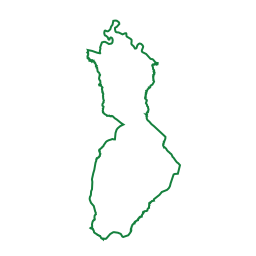 the district of Pho Chai, Roi Et, Thailand, rotated 174°
{"feature_id": "78962969B887090741861", "entity_name": "Pho Chai", "entity_type": "district", "adm_level": 2, "iso_a3": "THA", "parent_name": "Thailand", "parent_adm1": "Roi Et", "projection": "equal_earth", "projection_center": [103.793, 16.312], "detail": "fine", "context": "isolated", "style": "outline", "palette": "green", "viewbox_px": 256, "rotation_deg": 174, "n_neighbors": 0, "source": "geoboundaries", "source_scale": "gbopen_adm2", "svg_char_len": 5892}
<svg xmlns="http://www.w3.org/2000/svg" viewBox="0 0 256 256"><g transform="rotate(174 128 128)"><path d="M145.0,215.8L147.3,211.0L147.1,210.0L148.0,207.4L148.0,206.1L147.8,205.4L148.0,205.2L150.8,206.1L155.6,208.4L159.7,209.7L159.5,209.2L160.0,208.6L159.7,207.6L159.9,207.1L160.4,207.0L159.8,206.1L160.0,205.4L159.9,204.9L160.7,203.9L160.6,203.4L160.9,203.0L160.6,202.3L160.9,201.8L160.4,201.2L159.7,201.6L159.3,200.8L159.4,198.9L158.4,198.6L158.0,199.2L157.7,198.7L157.6,199.2L157.2,198.9L157.1,199.3L156.6,199.3L156.3,198.8L155.9,198.7L156.1,198.3L155.4,198.4L155.5,198.0L155.2,198.1L155.2,197.8L155.0,197.7L154.8,197.2L154.5,197.2L154.4,196.4L153.9,196.1L154.0,195.7L153.3,194.6L153.4,193.9L153.3,193.4L153.1,193.3L153.4,193.1L153.5,192.5L152.5,191.6L152.7,191.2L152.4,191.1L152.3,187.7L151.7,186.6L151.2,186.3L150.8,185.5L150.6,184.3L150.2,183.7L150.3,183.4L150.8,183.0L151.6,180.4L151.5,179.1L150.7,178.0L150.7,175.6L151.3,174.9L151.2,174.5L152.0,174.5L152.3,174.1L152.0,173.3L151.5,173.3L150.9,173.7L150.7,173.3L150.4,173.4L150.4,172.7L149.2,171.1L149.3,171.0L149.3,170.6L149.7,170.2L149.9,169.4L149.7,168.6L149.8,167.2L149.5,167.0L149.8,166.2L149.5,165.4L149.3,165.4L149.3,164.8L149.0,164.4L149.6,162.5L149.4,161.7L149.6,160.9L149.5,159.1L149.1,157.7L149.8,156.5L149.6,156.0L150.9,154.5L151.1,152.9L150.1,151.8L150.6,150.2L151.0,149.9L150.9,148.9L151.3,148.0L151.3,146.4L151.0,146.4L151.0,145.8L150.4,145.2L150.0,144.5L148.1,143.1L147.6,142.6L147.6,142.3L146.9,142.2L146.8,142.4L145.5,142.0L145.2,142.2L144.4,141.5L144.0,141.7L143.3,141.4L143.0,141.7L142.1,141.4L140.1,139.0L138.3,137.6L134.4,133.7L132.2,131.9L135.5,130.7L138.3,128.8L139.5,127.5L140.9,124.4L142.2,118.0L143.1,118.1L144.8,118.7L145.6,118.4L148.6,117.8L150.6,117.0L151.4,116.4L153.9,113.5L154.5,112.3L155.4,112.0L156.0,111.2L157.9,110.0L158.2,109.4L158.8,109.4L159.1,108.8L159.0,107.8L158.5,107.5L158.7,106.7L158.4,105.5L158.2,105.4L158.3,104.8L158.8,104.3L158.8,103.2L159.7,102.7L159.8,102.2L160.1,101.9L160.5,102.0L161.3,101.2L162.2,101.3L162.5,100.8L162.4,100.3L162.9,99.9L163.0,98.7L163.9,97.0L165.9,89.9L167.2,86.8L169.2,80.8L169.1,78.1L170.2,70.9L171.3,68.9L171.9,65.4L172.4,64.3L173.0,63.6L173.5,61.9L173.5,60.6L172.6,57.4L170.2,54.0L169.3,48.1L168.9,47.1L169.1,46.1L169.0,45.5L169.6,45.2L170.4,44.2L170.8,42.1L170.6,41.7L170.6,40.7L171.1,40.5L171.1,40.1L171.8,40.0L172.1,39.4L172.5,39.3L173.1,38.3L173.9,35.9L173.9,34.1L174.0,33.6L174.3,32.5L175.3,32.7L175.8,32.4L175.0,31.7L174.4,31.7L173.5,31.5L173.4,30.4L172.9,29.9L172.6,27.7L171.2,26.4L170.2,25.8L169.5,24.8L168.4,24.5L167.9,23.7L167.0,23.5L166.1,21.2L164.6,20.1L164.4,20.4L164.1,19.8L163.9,20.1L162.5,20.4L162.0,20.1L161.2,20.3L156.8,24.4L153.8,25.8L152.9,25.9L149.0,24.9L146.4,23.5L146.0,22.9L145.1,20.8L144.2,20.1L138.9,21.3L136.5,23.9L136.3,24.5L135.8,24.8L135.5,25.7L135.8,25.9L135.5,26.4L135.8,26.7L135.8,27.1L135.5,27.4L135.4,28.0L135.0,28.3L134.6,29.8L134.0,30.4L133.8,31.2L132.7,32.1L131.8,32.3L132.0,32.6L131.8,33.0L130.6,33.6L130.4,34.0L130.6,34.2L130.1,34.5L128.9,34.9L128.2,35.6L128.2,35.3L127.7,35.3L127.5,36.3L127.1,36.5L127.1,36.9L126.0,37.5L126.1,37.9L125.8,38.2L125.6,38.3L125.6,37.9L125.4,37.9L125.3,38.1L124.7,38.1L124.1,38.5L123.6,38.4L123.0,40.4L121.9,41.3L122.0,42.4L121.7,42.9L121.0,42.6L120.4,43.5L118.2,43.5L117.4,43.9L117.1,45.2L116.0,46.3L115.4,46.4L115.3,48.1L114.8,48.7L115.0,49.2L114.9,50.3L114.7,51.1L114.3,51.1L113.8,51.6L113.6,51.4L113.4,51.9L112.6,52.1L112.0,52.8L110.8,52.8L110.2,53.3L109.8,53.2L109.9,53.8L109.6,54.5L103.7,58.2L101.1,60.8L95.6,62.4L93.7,63.9L92.4,65.7L91.4,68.5L87.5,77.0L86.4,77.4L83.2,77.3L80.2,85.6L81.7,87.7L82.9,88.7L84.0,90.4L85.8,93.7L86.8,94.8L87.0,95.9L87.7,97.5L89.0,98.7L89.3,99.3L90.5,100.4L91.6,101.9L92.2,103.4L93.7,105.1L94.2,104.9L94.9,107.0L94.7,108.3L94.2,108.5L94.3,109.1L93.5,110.3L93.8,110.6L92.7,112.0L92.0,113.4L91.7,115.3L102.0,127.1L104.3,129.4L106.1,132.1L107.4,133.4L108.0,134.3L108.4,135.7L108.2,136.7L108.5,137.5L108.0,138.4L108.4,139.0L108.2,138.9L108.3,139.2L108.1,139.2L108.0,139.9L107.8,139.9L108.0,140.7L107.0,141.9L106.6,141.8L106.6,142.5L106.0,142.9L105.9,143.8L105.6,144.5L105.9,145.5L105.9,147.0L106.6,147.7L106.7,149.2L107.6,150.8L107.2,151.9L106.8,152.2L106.4,153.5L106.7,153.7L106.6,154.0L106.9,154.6L107.9,155.5L107.8,156.6L107.5,157.2L107.1,157.2L107.3,157.8L107.0,158.2L107.1,158.8L106.8,159.9L106.7,160.2L106.4,160.0L106.2,160.6L106.6,161.1L106.4,161.4L106.0,161.4L106.0,162.8L105.4,162.6L104.5,164.4L103.3,165.1L103.1,166.1L102.2,165.8L101.6,166.3L101.6,166.7L101.1,167.8L99.2,168.6L97.2,171.4L97.3,172.0L97.9,173.0L97.5,173.8L97.7,174.2L97.6,175.0L97.8,175.3L97.5,176.1L97.7,176.8L97.3,177.4L97.2,177.1L97.0,177.9L96.6,178.4L96.9,178.5L96.4,178.9L96.4,179.7L96.0,179.8L95.8,180.4L96.6,181.3L96.0,181.9L96.0,182.3L96.2,183.1L96.8,183.5L96.9,186.0L97.4,187.6L97.3,188.0L96.8,188.4L96.6,188.1L95.6,188.2L95.6,188.6L94.9,188.5L94.7,188.8L93.6,188.3L93.3,188.6L92.8,188.1L92.6,188.3L92.0,188.3L91.7,189.5L93.7,190.1L95.8,193.3L96.5,193.9L97.9,194.2L98.6,194.7L102.2,199.7L105.8,202.0L106.2,202.9L106.1,203.8L104.6,206.7L104.4,207.5L104.8,208.6L106.1,210.2L107.5,210.8L108.6,210.5L110.0,209.3L111.3,206.5L112.0,206.2L112.8,206.3L113.8,208.6L115.5,210.5L115.8,211.2L115.8,211.9L115.3,214.2L115.3,215.4L116.0,216.3L119.6,219.0L119.9,219.6L119.8,222.0L120.0,222.4L121.0,222.5L123.6,221.7L127.3,224.0L129.4,224.4L130.1,224.9L130.4,225.7L130.6,227.5L130.5,228.9L130.0,229.3L128.8,229.6L125.8,232.3L125.8,233.5L126.2,234.3L128.0,235.9L129.6,236.2L131.4,236.1L132.6,232.3L134.2,230.6L135.3,228.0L137.4,226.4L138.5,226.3L140.5,227.3L141.0,227.1L141.4,226.2L141.7,224.9L141.5,223.1L141.0,222.3L140.1,221.9L138.6,220.2L138.2,218.3L137.9,217.9L137.2,217.9L136.6,219.2L135.8,219.8L135.0,219.6L134.3,218.8L134.0,217.0L134.5,214.9L134.9,214.3L135.7,213.7L138.2,213.5L140.4,215.2L141.9,216.1L143.2,216.2L145.0,215.8Z" fill="none" stroke="#15803d" stroke-width="2"/></g></svg>